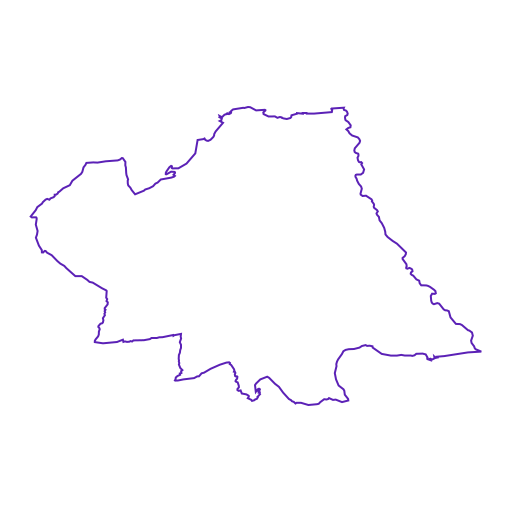 the district of Candesti, Arges, Romania
{"feature_id": "2599482B17245199742801", "entity_name": "Candesti", "entity_type": "district", "adm_level": 2, "iso_a3": "ROU", "parent_name": "Romania", "parent_adm1": "Arges", "projection": "robinson", "projection_center": [25.189, 45.06], "detail": "fine", "context": "isolated", "style": "outline", "palette": "violet", "viewbox_px": 512, "rotation_deg": 0, "n_neighbors": 0, "source": "geoboundaries", "source_scale": "gbopen_adm2", "svg_char_len": 6066}
<svg xmlns="http://www.w3.org/2000/svg" viewBox="0 0 512 512"><path d="M481.3,351.6L475.6,349.2L474.7,348.1L474.1,346.3L471.6,343.0L471.1,340.6L472.8,335.7L472.0,332.5L469.4,330.6L468.0,330.2L461.9,325.0L460.0,324.1L455.9,323.9L450.5,317.4L448.8,311.2L446.9,310.4L445.2,310.3L443.7,309.4L439.2,303.7L437.3,303.1L433.9,304.2L432.7,303.6L431.8,302.6L431.2,300.7L430.8,296.0L432.1,293.7L434.8,293.9L435.8,293.3L435.4,291.1L434.1,289.8L429.9,286.8L427.8,285.8L426.1,285.4L421.2,285.3L419.7,283.3L419.2,280.7L416.4,279.4L413.3,275.7L411.6,274.8L410.7,273.8L411.0,272.4L412.5,271.3L412.3,270.0L411.7,269.0L409.5,267.9L407.4,268.7L406.3,268.3L406.2,267.3L406.7,266.3L406.4,264.2L402.6,259.0L402.6,257.9L404.7,256.2L405.8,254.2L406.0,252.5L397.0,243.7L392.6,240.9L387.6,237.0L385.5,234.5L385.2,231.6L384.2,227.9L381.8,223.2L379.6,220.4L378.9,216.9L376.9,214.6L376.5,213.4L377.8,211.4L377.0,210.1L374.1,207.8L373.7,206.8L374.1,204.9L373.7,203.7L371.9,201.4L372.2,200.6L371.5,199.3L366.0,195.7L362.6,196.0L360.7,194.6L360.5,193.7L361.8,188.7L361.1,186.5L358.8,183.9L357.1,180.6L356.6,178.7L355.5,176.9L355.4,175.8L355.8,174.9L356.9,174.5L360.8,174.5L363.1,172.8L364.1,169.4L361.3,164.4L362.1,163.1L361.2,162.1L359.8,162.3L358.9,161.9L358.0,160.2L357.5,157.7L358.4,156.0L358.5,154.9L358.2,153.7L355.8,152.9L354.7,152.0L354.3,150.5L354.8,148.3L359.5,142.8L360.1,140.9L359.3,139.1L357.8,137.4L352.1,135.5L349.5,133.3L348.3,131.1L346.4,129.4L348.4,127.9L350.4,127.3L350.7,125.3L348.3,122.0L345.6,120.2L345.3,119.5L345.0,117.5L345.2,116.2L347.3,115.0L347.7,113.6L347.0,111.7L346.0,110.6L344.0,109.9L343.5,108.3L343.8,107.7L332.0,108.5L332.1,109.2L331.5,109.2L332.1,110.8L331.8,112.1L314.0,113.6L306.7,113.6L306.6,113.0L302.7,113.0L302.8,113.7L297.0,113.1L297.0,113.7L291.5,115.3L291.2,117.1L290.4,118.0L286.8,119.0L283.5,118.4L281.8,117.8L281.7,117.4L279.9,117.0L277.4,117.8L274.9,116.4L268.6,116.5L263.6,114.1L263.3,112.4L265.4,110.5L265.4,110.1L264.8,109.8L256.1,110.4L250.2,107.2L248.0,107.0L244.3,108.0L243.2,107.8L233.1,109.4L231.2,110.9L231.1,112.4L230.8,112.6L230.6,111.8L229.6,112.4L230.4,113.4L229.0,114.1L228.0,114.0L227.2,113.3L226.5,113.8L226.7,114.1L224.5,114.7L222.0,117.2L219.5,115.9L219.8,116.8L219.5,117.2L221.8,118.5L221.3,120.3L219.8,121.0L223.0,122.8L215.6,131.5L214.2,134.1L214.1,135.5L213.3,137.0L210.5,139.8L208.1,140.9L206.9,140.7L205.3,139.9L204.5,138.5L203.4,139.1L197.6,140.0L195.3,153.4L186.5,163.6L178.4,168.3L172.4,168.4L171.8,168.0L171.9,166.3L171.1,165.9L169.4,167.2L166.3,171.7L165.8,172.9L165.8,174.2L166.5,174.3L171.1,171.7L174.4,171.9L175.0,172.3L174.9,173.2L173.5,174.8L174.9,175.9L174.0,176.7L171.3,177.6L160.8,179.5L157.6,182.6L155.4,183.6L153.1,186.2L149.3,188.2L145.2,189.5L143.9,190.7L135.1,194.3L131.7,190.1L130.3,187.6L128.3,185.5L127.8,183.6L127.7,180.7L128.1,179.4L126.5,175.1L126.2,173.0L125.9,167.5L125.3,165.3L125.4,161.9L122.8,158.2L121.9,158.0L119.9,159.6L117.7,160.4L105.7,161.3L97.5,162.6L93.3,162.4L86.4,162.9L85.5,164.8L83.5,167.4L82.3,171.9L81.0,173.9L72.4,180.7L69.8,185.2L63.2,188.3L59.2,191.8L58.3,192.1L57.7,193.5L56.2,194.6L54.7,194.7L54.7,196.1L53.6,197.2L50.5,198.4L49.4,199.7L47.2,198.9L45.6,199.6L42.8,202.2L42.0,203.6L37.3,207.1L35.7,210.2L30.7,216.5L31.8,217.4L36.0,217.3L36.5,217.8L36.7,218.9L35.8,224.6L37.6,231.0L37.0,234.6L35.9,237.7L38.9,245.6L41.8,250.1L41.9,252.4L43.1,252.5L44.7,250.9L45.6,251.0L47.1,252.7L51.7,255.2L57.3,261.0L60.3,263.6L64.3,265.9L66.3,268.1L75.3,276.1L81.7,276.1L87.3,279.9L89.5,281.9L92.7,282.6L102.1,288.3L106.1,290.3L106.7,291.0L106.2,297.7L107.2,299.1L106.5,301.1L107.8,302.3L107.6,304.4L104.7,308.1L104.7,309.1L105.5,309.8L104.6,311.1L105.2,312.3L104.4,313.8L104.9,315.2L102.9,318.2L103.4,320.3L102.9,322.5L102.1,323.3L100.5,323.7L98.5,326.0L98.3,326.9L99.3,328.0L99.7,329.2L98.9,331.6L98.8,334.5L98.1,336.4L95.6,339.4L94.8,340.9L94.8,342.1L103.0,343.3L117.0,342.0L122.9,339.7L123.4,341.9L124.9,341.4L127.0,341.9L129.3,341.7L130.5,341.1L132.1,341.5L133.4,340.4L143.9,340.2L149.9,339.1L151.5,338.0L156.8,338.0L159.3,337.3L162.5,337.2L173.2,335.0L173.4,335.8L174.3,335.2L181.0,333.9L180.7,336.6L181.1,338.5L179.8,342.2L181.0,344.8L181.0,347.9L180.2,350.1L179.9,352.7L178.9,355.0L178.7,358.9L179.0,360.4L178.8,361.3L179.3,363.1L178.9,364.5L180.3,368.0L182.4,370.1L181.1,371.2L181.4,373.0L179.8,373.5L180.1,374.8L177.5,376.0L175.8,377.5L175.5,379.4L174.9,380.4L175.2,380.6L178.0,380.5L183.4,379.4L194.1,378.1L197.2,376.4L199.0,376.3L201.6,373.3L204.0,372.7L210.6,368.8L219.9,364.7L226.4,362.6L229.1,362.3L230.0,363.0L229.7,364.0L231.2,365.0L234.0,369.2L234.4,370.5L233.9,371.7L235.0,372.0L235.4,373.0L234.8,374.2L235.1,376.0L235.7,376.4L236.9,376.3L237.4,376.8L237.1,378.7L236.0,379.9L235.5,381.1L236.0,381.7L237.7,382.4L238.8,385.8L238.9,387.3L237.4,389.1L237.5,390.2L238.8,390.9L240.6,390.4L241.8,393.5L246.4,394.4L248.1,395.4L248.8,396.0L248.8,396.7L247.8,398.2L251.2,399.8L252.0,400.9L254.4,400.2L255.0,399.5L256.9,398.8L257.8,397.3L257.5,396.9L260.0,394.2L259.6,393.6L259.8,392.5L258.8,392.5L259.3,390.6L258.4,390.9L258.4,390.2L258.0,389.8L258.8,390.1L259.8,389.7L259.9,389.3L259.0,388.7L257.7,389.3L255.8,391.9L255.0,385.1L256.0,383.6L260.3,379.4L267.2,376.7L269.1,377.8L275.0,383.8L278.9,386.8L283.1,392.6L288.9,399.0L291.1,400.2L291.9,401.2L293.8,401.9L295.5,403.5L296.5,402.8L301.0,402.8L308.4,405.0L317.0,404.2L318.7,403.8L320.3,402.1L324.2,399.2L326.5,399.5L328.2,399.0L329.0,398.1L333.0,399.9L335.7,399.6L342.0,402.1L348.3,400.5L348.1,398.9L344.8,394.7L344.3,390.8L343.5,389.3L338.6,385.5L336.0,379.3L334.8,373.1L336.5,366.2L336.3,364.1L337.0,361.6L338.1,359.4L341.9,354.1L343.4,351.2L345.6,349.9L348.8,349.2L354.0,349.0L359.5,347.6L361.9,346.0L365.6,345.1L367.1,345.9L369.7,345.7L372.5,346.3L372.7,347.6L381.7,353.9L390.9,355.6L396.9,355.6L401.3,354.9L404.6,355.5L410.7,355.5L412.3,355.9L414.5,355.3L416.3,353.8L422.6,353.6L425.7,354.4L427.5,357.5L427.2,358.0L427.4,359.1L430.3,360.1L429.7,358.9L430.5,358.7L432.0,359.6L434.6,358.3L434.3,356.6L435.6,357.9L437.5,357.5L437.0,356.7L444.2,356.1L468.0,352.4L481.3,351.6Z" fill="none" stroke="#5b21b6" stroke-width="2"/></svg>